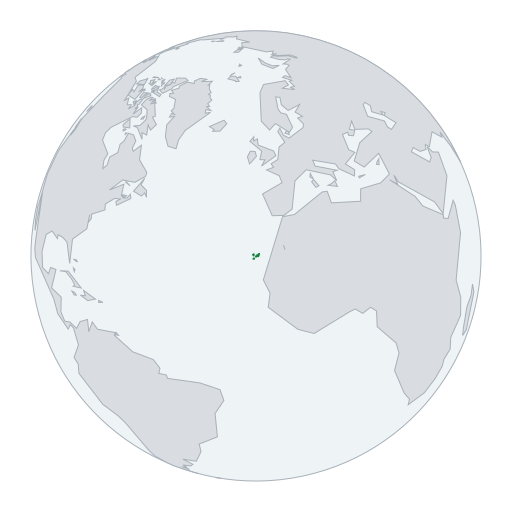 globe centered on Santa Cruz de Tenerife, rotated 345°
{"feature_id": "ESP-5842", "entity_name": "Santa Cruz de Tenerife", "entity_type": "Autonomous Community", "adm_level": 1, "iso_a3": "ESP", "parent_name": "Spain", "parent_adm1": "", "projection": "orthographic", "projection_center": [-17.219, 28.249], "detail": "fine", "context": "on_globe", "style": "filled", "palette": "green", "viewbox_px": 512, "rotation_deg": 345, "n_neighbors": 0, "source": "natural_earth", "source_scale": "10m", "svg_char_len": 10464}
<svg xmlns="http://www.w3.org/2000/svg" viewBox="0 0 512 512"><g transform="rotate(345 256 256)"><circle cx="256" cy="256" r="225" fill="#eef3f6" stroke="#a8b0b8"/><path d="M181.8,43.3L179.2,44.4L181.0,44.0L188.4,41.2L191.9,40.3L197.4,38.7L200.9,38.1L196.8,40.1L199.0,39.9L204.1,38.1L210.8,36.8L203.0,39.4L213.9,37.6L209.1,42.1L185.3,52.1L185.7,56.2L169.4,71.6L174.0,70.5L170.8,76.5L174.9,77.7L170.7,80.9L177.6,79.2L180.6,76.2L184.7,74.6L187.4,75.2L182.5,79.1L180.4,79.3L180.4,80.8L176.8,82.6L180.1,82.1L173.9,87.1L184.0,83.2L182.3,88.2L177.1,91.2L172.6,89.4L149.2,94.2L142.6,97.9L137.7,104.3L139.3,118.8L134.0,124.0L130.6,132.0L135.8,129.5L140.3,122.5L149.2,120.4L153.7,112.8L157.9,111.1L164.6,104.4L169.0,107.2L169.7,113.8L164.4,119.8L164.5,123.1L174.0,119.3L168.4,132.9L172.1,146.8L170.0,150.5L158.1,153.5L146.9,148.1L131.5,154.3L147.0,152.4L141.6,162.7L143.0,165.6L146.5,166.6L150.6,163.8L150.0,168.1L134.4,170.9L134.8,167.0L139.7,165.9L134.4,163.8L123.9,166.8L122.0,172.4L108.1,173.0L106.6,177.2L102.7,180.1L106.0,173.1L99.7,185.9L83.1,192.2L74.1,215.0L77.0,193.8L74.4,188.3L70.4,184.2L68.7,187.8L65.6,179.1L58.9,180.9L50.5,196.2L46.9,211.8L50.9,219.3L54.8,213.9L59.3,217.3L50.3,233.9L57.2,245.3L53.1,259.4L54.4,269.5L59.2,271.6L63.9,279.5L69.2,273.8L76.8,273.7L74.9,285.9L80.8,277.3L83.9,285.7L100.4,293.6L98.6,295.8L112.2,316.7L130.0,329.5L134.2,339.6L131.7,344.2L138.6,347.8L138.8,351.3L169.0,364.1L186.6,375.8L187.6,387.2L175.7,397.5L171.9,420.7L152.5,422.9L152.2,430.8L145.2,438.8L132.8,433.3L141.2,440.9L138.4,441.9L131.6,439.0L134.7,442.6L130.0,440.3L136.2,444.5L135.0,445.6L142.9,450.7L143.4,451.1L122.2,437.3L118.9,434.4L118.2,434.1L106.5,422.9L101.7,415.0L86.8,383.5L81.5,374.7L69.6,359.6L54.6,323.6L56.3,314.3L54.0,306.9L61.5,296.0L61.1,278.5L58.9,274.1L55.7,278.0L49.6,260.4L49.6,245.4L42.6,200.3L44.3,191.3L48.3,181.2L66.2,139.5L49.1,174.1L52.2,164.6L58.4,150.8L59.6,149.8L70.1,132.1L75.6,122.9L91.9,103.6L112.7,86.8L108.1,91.4L113.7,87.4L119.8,81.6L122.5,78.9L149.9,62.0L171.9,49.4L173.6,47.3L177.4,46.8L177.1,45.0L178.3,44.5L181.8,43.3ZM70.7,222.0L78.9,241.7L71.5,237.9L73.4,236.9L71.9,230.3L68.2,221.9L62.5,219.4L70.7,222.0ZM80.5,214.0L78.8,211.6L80.8,213.1L80.5,214.0ZM123.1,78.0L119.5,81.7L112.7,87.5L115.3,84.4L123.1,78.0ZM136.6,68.2L135.9,69.3L129.8,72.7L132.1,71.0L136.6,68.2ZM174.1,46.5L170.5,48.1L172.8,46.9L174.1,46.5ZM197.6,38.6L200.4,37.8L197.6,38.6ZM161.7,103.4L163.1,103.9L161.1,104.8L161.7,103.4ZM163.3,100.1L160.0,100.9L160.3,99.5L162.3,99.0L163.3,100.1ZM208.4,36.3L213.2,35.4L207.7,36.6L208.4,36.3ZM167.2,99.6L161.1,97.0L161.7,94.6L169.8,91.0L167.2,99.6ZM215.5,35.2L227.0,33.6L227.8,33.1L232.1,34.2L220.8,34.8L213.9,36.2L216.9,35.2L215.5,35.2ZM180.4,75.0L177.3,78.2L177.4,75.1L180.4,75.0ZM179.5,73.4L174.0,67.2L180.0,63.1L180.6,65.8L186.3,60.6L191.9,61.7L190.1,64.8L185.1,67.1L191.0,65.8L179.5,73.4ZM232.6,35.4L234.8,35.5L231.7,35.8L232.6,35.4ZM186.3,73.7L184.7,72.6L189.7,69.0L193.9,70.6L190.9,71.2L186.3,73.7ZM185.1,58.9L189.6,56.8L195.4,56.9L197.9,56.2L192.6,61.4L185.1,58.9ZM191.2,72.4L195.9,71.5L196.0,73.9L188.2,74.6L191.2,72.4ZM189.3,67.5L191.9,65.9L191.8,67.2L189.3,67.5ZM199.0,82.6L196.9,81.0L199.3,78.8L199.0,82.6ZM197.7,71.1L197.6,70.3L198.4,69.4L201.5,69.4L197.7,71.1ZM197.0,61.3L198.5,62.0L199.5,59.2L203.9,59.5L199.5,63.0L203.2,61.7L204.6,61.8L199.5,64.6L197.0,61.3ZM206.8,66.8L202.8,72.0L206.1,75.3L204.0,77.1L199.0,71.6L206.8,66.8ZM203.0,65.2L204.8,66.6L201.3,68.0L197.8,68.0L203.0,65.2ZM208.4,58.6L202.8,57.1L203.9,56.5L208.4,58.6ZM208.4,67.4L209.4,66.2L209.1,67.5L208.4,67.4ZM209.2,60.9L207.1,60.4L208.4,59.6L209.2,60.9ZM213.0,64.4L211.7,65.9L209.3,65.9L213.0,64.4ZM211.8,62.5L214.2,61.6L209.2,64.9L210.7,62.4L211.8,62.5ZM210.8,60.2L210.9,59.6L211.5,60.6L210.8,60.2ZM222.9,64.0L217.2,68.2L211.9,67.9L218.1,63.8L222.9,64.0ZM159.4,459.5L162.6,460.7L165.0,461.8L163.3,461.2L159.4,459.5ZM255.5,30.7L252.9,30.8L256.3,30.7L262.4,30.8L262.5,30.8L263.8,30.9L280.3,32.0L296.6,34.4L312.8,38.0L328.6,42.7L344.1,48.6L359.0,55.7L373.4,63.8L387.2,72.9L400.3,83.0L412.6,94.0L424.0,106.0L434.6,118.7L444.2,132.2L452.8,146.3L460.3,161.0L466.7,176.3L470.8,188.2L473.4,196.9L478.2,218.7L472.5,200.0L465.8,184.0L466.3,189.3L458.2,181.5L451.7,195.3L448.4,192.1L447.7,197.1L441.6,197.4L435.8,191.9L433.1,195.6L448.1,210.1L450.7,206.2L449.6,194.8L453.5,201.2L459.1,202.8L461.2,227.9L447.7,263.5L442.5,250.0L412.3,220.8L411.1,215.7L410.8,215.2L410.2,214.4L411.4,223.2L404.9,217.1L425.2,239.7L430.2,251.0L447.6,264.6L446.9,267.9L451.3,269.5L460.8,253.2L461.7,258.2L459.6,286.4L443.1,331.0L443.1,349.0L438.2,366.4L423.1,384.9L419.5,396.1L411.0,404.2L407.2,410.8L397.6,420.5L383.5,431.5L364.5,439.1L367.2,434.1L363.6,426.5L360.2,402.4L369.0,386.9L368.9,376.4L354.8,355.7L358.2,340.2L353.4,335.2L344.2,339.0L338.2,332.9L332.3,334.0L292.1,345.9L277.5,337.7L254.5,308.7L260.0,295.6L256.9,281.0L291.8,224.9L303.8,225.9L336.5,211.3L341.5,211.9L342.6,224.2L371.2,230.2L374.5,218.2L395.4,217.6L406.1,211.4L401.1,188.6L383.5,198.1L375.5,189.7L385.6,173.3L400.2,165.8L397.5,162.3L384.2,159.3L383.3,150.3L379.0,157.8L383.9,160.1L381.3,165.1L376.7,163.4L376.6,160.1L371.0,160.9L373.1,177.4L378.3,181.5L366.2,190.2L373.6,198.2L371.8,204.2L358.6,193.1L356.6,187.7L335.5,178.1L336.4,184.4L356.5,194.2L352.1,194.5L353.5,204.1L349.0,197.0L326.9,185.7L313.1,193.5L303.0,220.1L293.4,224.0L282.1,221.3L278.4,197.8L300.2,191.9L299.2,184.4L288.5,175.6L296.0,174.9L294.4,170.9L302.0,168.5L306.5,156.7L313.3,153.7L309.2,141.5L312.1,138.6L313.7,146.4L318.5,150.7L334.7,144.2L336.0,140.7L332.0,133.5L337.0,133.1L331.0,127.1L337.4,120.9L324.7,123.7L319.6,116.4L320.2,109.0L316.2,107.4L315.3,119.5L316.9,124.1L322.1,127.0L324.6,141.1L320.3,145.1L309.0,133.1L301.7,137.8L296.0,127.2L302.1,99.3L307.7,92.3L329.5,94.2L331.6,99.2L324.9,100.8L336.6,105.3L333.0,102.0L337.1,102.0L333.3,95.8L336.1,95.5L327.8,90.4L330.7,89.3L335.9,92.6L332.8,83.5L337.3,80.4L335.3,78.6L331.8,77.5L339.8,74.8L338.0,73.7L334.6,74.0L328.8,72.0L321.6,67.7L324.8,67.0L327.8,68.5L338.9,70.9L346.4,75.4L347.0,74.7L341.2,70.7L327.7,67.7L322.5,65.4L328.6,66.0L326.0,65.6L324.4,64.3L325.7,62.5L318.8,61.5L296.9,50.2L297.3,46.3L305.3,47.7L293.3,41.2L294.7,38.7L291.7,38.8L283.8,36.6L283.3,37.3L281.2,37.3L260.9,33.6L258.5,32.8L246.3,32.6L244.7,32.9L245.8,33.4L232.1,34.2L227.8,33.1L231.6,32.5L226.4,32.8L235.8,31.6L236.7,31.6L255.5,30.7ZM285.3,252.6L285.7,257.2L285.7,257.3L285.3,252.6ZM419.6,168.8L425.8,163.5L416.2,153.5L417.8,150.9L413.9,148.7L415.5,152.9L405.1,146.6L405.3,140.4L401.0,135.8L398.7,137.5L400.0,150.0L415.0,158.8L416.4,165.3L419.6,168.8ZM101.0,293.7L102.7,297.0L99.9,295.8L101.0,293.7ZM69.1,242.2L71.5,244.4L72.3,247.3L70.2,246.5L69.1,242.2ZM92.6,258.1L96.1,261.2L91.9,260.1L92.6,258.1ZM80.5,244.5L89.8,256.1L81.9,255.5L76.2,248.3L80.9,250.3L80.5,244.5ZM76.5,220.2L77.7,222.3L76.4,224.2L76.5,220.2ZM81.9,215.2L81.2,214.9L81.2,212.4L81.9,215.2ZM142.5,162.5L143.7,162.5L146.6,164.3L144.0,165.1L142.5,162.5ZM167.1,164.1L165.4,171.0L164.8,166.3L160.8,168.4L154.5,161.7L168.7,152.1L163.4,157.4L167.1,164.1ZM150.1,150.9L152.5,155.7L149.3,150.9L150.1,150.9ZM277.6,153.3L282.2,154.9L282.2,159.9L273.6,165.4L273.4,158.0L277.6,153.3ZM288.7,156.2L279.8,143.7L284.8,140.3L283.5,144.2L287.7,143.3L286.7,149.4L300.2,159.1L301.1,164.3L284.6,170.6L289.5,165.4L284.7,163.9L288.7,156.2ZM248.3,123.0L244.5,118.9L260.3,116.6L262.0,120.7L253.5,126.0L246.4,124.3L248.3,123.0ZM182.7,94.4L180.3,94.1L181.6,92.9L184.8,92.1L182.7,94.4ZM197.8,82.0L194.9,95.0L191.9,95.1L193.8,103.3L186.7,107.1L185.7,101.5L181.7,110.9L177.9,107.3L176.1,113.8L174.6,101.0L171.1,98.7L177.7,99.8L184.4,96.3L186.2,94.1L188.7,86.5L184.4,80.4L190.3,76.5L195.6,75.4L197.5,76.3L193.1,78.4L198.8,78.0L193.9,81.8L197.8,82.0ZM254.2,72.6L248.3,73.4L259.0,75.9L254.1,78.6L255.7,78.8L254.1,82.1L254.9,86.7L251.9,87.5L253.5,89.0L252.5,91.4L253.7,93.8L248.8,96.4L249.9,99.6L247.0,99.0L250.1,103.9L245.6,101.5L243.9,104.9L249.2,105.5L220.1,116.4L211.3,123.8L206.5,131.7L199.4,127.2L199.4,117.3L203.7,106.2L213.2,100.1L208.3,99.5L211.3,96.5L213.9,98.2L211.7,93.9L215.0,92.0L218.8,83.9L213.7,79.5L214.9,76.7L218.5,77.5L217.3,74.2L225.0,73.9L226.0,72.1L234.7,70.3L241.0,73.4L241.7,71.1L248.3,70.0L254.2,72.6ZM225.4,63.6L234.1,66.0L235.7,68.9L220.0,71.0L217.9,72.7L207.9,74.7L205.8,70.7L208.9,70.4L211.3,69.2L211.0,70.9L213.1,68.7L217.4,68.4L220.2,66.7L222.3,67.9L225.4,63.6ZM344.0,206.3L347.3,205.7L351.7,203.6L352.7,209.9L344.0,206.3ZM328.9,198.7L331.4,197.1L335.0,204.4L331.6,205.2L328.9,198.7ZM329.8,190.3L331.3,196.4L328.5,193.6L329.8,190.3ZM315.7,144.8L318.0,143.0L319.4,144.4L319.6,147.4L315.7,144.8ZM285.0,82.9L281.3,82.3L281.3,81.3L274.8,77.7L277.9,75.8L283.0,77.2L285.0,82.9ZM399.8,193.8L398.5,199.6L396.1,198.6L397.0,196.8L399.8,193.8ZM375.8,205.6L382.7,205.6L376.0,207.3L375.8,205.6ZM287.3,80.1L284.3,78.8L287.7,78.7L287.3,80.1ZM279.8,74.2L283.3,73.6L277.5,75.1L279.8,74.2ZM457.1,347.2L440.1,381.6L435.0,386.3L437.7,379.2L446.4,360.0L453.5,349.7L457.9,339.1L457.1,347.2ZM309.4,65.3L315.0,72.1L321.1,76.5L327.8,77.9L320.8,79.2L311.4,72.3L309.4,65.3ZM298.1,51.9L292.3,51.3L293.1,50.1L294.6,50.1L298.1,51.9ZM295.8,52.6L291.9,54.7L287.5,53.5L291.5,52.0L295.8,52.6ZM289.9,66.4L291.4,68.4L288.5,68.4L289.9,66.4ZM236.0,35.0L234.9,35.5L234.1,35.1L236.0,35.0ZM281.1,37.7L278.2,37.6L277.4,36.9L281.1,37.7ZM269.6,37.2L272.5,38.0L268.1,37.4L269.6,37.2ZM279.3,40.1L273.1,38.5L281.0,39.7L279.3,40.1Z" fill="#d9dde1" stroke="#a8b0b8" stroke-width="1"/><path d="M258.7,256.4L258.6,256.5L258.4,256.7L258.4,256.8L258.2,256.9L257.9,257.0L257.8,256.9L257.7,256.8L257.7,256.7L257.5,256.4L257.4,256.3L257.4,256.2L257.3,255.9L257.2,255.9L257.1,255.7L257.3,255.4L257.4,255.5L257.5,255.5L257.8,255.4L258.0,255.4L258.3,255.3L258.5,255.3L258.5,255.2L258.8,255.0L258.8,254.9L259.0,254.8L259.1,254.7L259.5,254.7L259.8,254.7L259.8,254.8L259.7,254.9L259.4,255.0L259.2,255.3L259.0,255.5L259.0,255.8L258.9,255.8L258.8,256.1L258.7,256.3L258.7,256.4ZM254.2,253.8L254.2,254.0L254.3,254.0L254.2,254.2L254.1,254.3L254.2,254.5L254.1,254.8L254.0,255.0L253.9,255.1L253.7,255.0L253.7,254.8L253.7,254.7L253.4,254.3L253.4,254.2L253.3,253.9L253.5,253.7L253.8,253.7L254.0,253.6L254.2,253.8ZM255.7,256.2L255.9,256.1L256.0,256.2L256.2,256.3L256.4,256.4L256.4,256.5L256.2,256.8L255.9,256.9L255.7,256.8L255.6,256.6L255.6,256.3L255.7,256.2ZM253.5,257.6L253.7,257.8L253.5,258.0L253.4,258.2L253.4,258.3L253.2,258.3L253.1,258.2L252.8,258.1L252.7,258.1L252.7,257.9L252.8,257.9L253.1,257.9L253.3,257.8L253.3,257.7L253.5,257.6Z" fill="#22c55e" stroke="#15803d" stroke-width="1.5"/></g></svg>